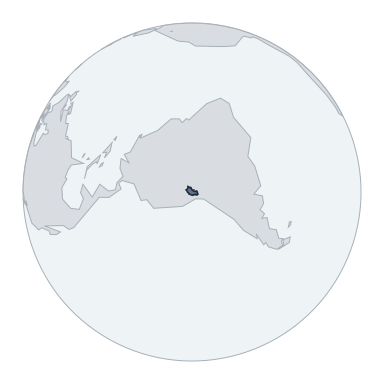 Puno on an orthographic globe, rotated 299°
{"feature_id": "PER-573", "entity_name": "Puno", "entity_type": "Department", "adm_level": 1, "iso_a3": "PER", "parent_name": "Peru", "parent_adm1": "", "projection": "orthographic", "projection_center": [-69.98, -15.156], "detail": "fine", "context": "on_globe", "style": "filled", "palette": "slate", "viewbox_px": 384, "rotation_deg": 299, "n_neighbors": 0, "source": "natural_earth", "source_scale": "10m", "svg_char_len": 6463}
<svg xmlns="http://www.w3.org/2000/svg" viewBox="0 0 384 384"><g transform="rotate(299 192 192)"><circle cx="192" cy="192" r="169" fill="#eef3f6" stroke="#a8b0b8"/><path d="M148.4,28.8L151.2,28.2L154.0,27.5L158.5,26.8L163.3,25.9L163.3,26.2L167.2,25.3L166.3,25.2L167.8,24.9L170.6,24.5L171.0,24.6L169.6,24.9L171.2,24.8L170.2,25.1L172.3,24.7L172.5,25.3L176.4,24.2L180.0,24.3L179.0,24.9L173.7,25.5L158.2,29.9L155.6,31.6L157.1,32.9L171.4,33.5L170.7,35.5L173.7,37.6L176.6,36.0L175.3,33.8L181.4,31.8L179.0,29.9L181.1,29.0L180.9,27.3L186.7,27.0L192.6,27.9L193.1,29.5L195.6,30.1L199.9,28.5L205.3,32.0L216.8,35.7L217.6,37.0L210.7,38.8L198.8,38.4L189.7,42.9L201.5,39.7L203.2,43.8L206.0,44.6L209.3,44.5L210.9,43.0L212.8,44.6L201.9,47.7L200.0,46.3L203.5,45.2L197.9,45.3L190.6,48.3L192.0,50.6L179.4,54.3L180.3,56.2L178.0,58.4L177.5,55.0L178.2,61.4L163.6,70.0L164.4,83.2L157.2,73.4L150.8,72.9L143.0,74.1L142.9,76.2L132.6,76.1L123.0,82.2L118.9,93.7L122.1,101.8L133.6,100.3L137.3,94.9L145.9,92.8L139.2,107.2L154.1,107.6L152.4,118.5L156.7,123.9L164.2,121.8L172.1,124.1L177.8,117.5L186.9,113.8L187.0,122.7L192.1,114.5L197.2,118.7L215.4,118.7L214.0,120.7L229.3,132.2L245.9,138.3L249.8,145.6L247.8,149.7L253.5,151.5L253.6,154.4L276.4,162.0L287.9,171.4L287.4,181.7L277.5,192.1L268.1,217.1L250.2,223.6L245.3,234.1L230.8,249.1L220.1,247.1L222.8,255.5L216.6,260.2L209.5,260.1L208.1,266.0L202.8,265.9L206.1,270.0L197.5,277.5L199.9,284.0L193.6,290.3L195.3,294.2L192.9,294.0L190.5,295.4L190.2,297.6L183.0,294.0L181.1,285.4L183.7,281.1L180.6,280.4L186.0,269.3L182.7,271.6L183.5,255.4L188.4,242.2L191.5,205.6L187.8,198.5L174.8,190.7L159.2,166.4L163.3,156.1L159.9,151.6L171.0,137.3L168.1,125.1L164.2,123.6L160.3,128.5L147.0,122.0L142.5,113.5L103.4,105.8L99.7,102.6L100.3,95.9L90.8,79.4L93.3,96.4L88.9,94.0L86.1,88.5L88.6,86.2L87.9,78.0L84.5,76.3L87.2,66.9L100.1,53.4L100.6,54.3L103.6,51.4L103.1,50.4L102.0,50.6L111.7,43.3L123.6,37.5L135.8,32.7L148.4,28.8ZM163.3,88.1L180.4,94.1L170.5,95.4L172.4,94.0L168.1,91.4L160.1,89.3L151.4,91.6L163.3,88.1ZM171.4,79.9L168.4,79.5L171.4,79.3L171.4,79.9ZM101.0,51.0L102.8,50.7L102.0,52.4L100.1,52.8L101.0,51.0ZM103.0,48.6L104.8,47.6L101.2,50.1L101.3,49.9L103.0,48.6ZM177.7,27.6L179.3,27.4L178.5,27.8L177.7,27.6ZM176.1,27.1L174.1,27.7L173.1,27.6L174.3,27.2L176.1,27.1ZM178.9,26.5L171.5,27.3L169.7,27.2L173.0,25.9L178.9,26.5ZM164.8,25.4L165.9,25.4L162.4,25.9L164.8,25.4ZM162.3,25.7L162.3,25.8L149.6,28.5L162.3,25.7ZM168.7,24.7L168.1,24.8L165.5,25.2L165.3,25.2L168.7,24.7ZM175.5,23.8L170.6,24.5L170.2,24.5L171.0,24.4L175.5,23.8ZM186.6,23.2L183.5,23.3L183.1,23.3L186.6,23.2ZM195.0,301.6L183.7,295.4L190.0,298.1L194.4,294.8L200.4,299.7L195.0,301.6ZM207.9,293.3L213.0,291.7L214.3,292.9L211.0,294.2L207.9,293.3ZM310.3,71.4L310.1,71.2L317.5,81.2L315.6,80.9L310.3,77.1L299.6,64.9L305.1,67.1L301.4,63.6L293.4,57.4L295.8,58.8L293.2,56.8L294.5,57.7L310.3,71.4ZM334.1,283.4L331.5,286.7L331.8,282.5L335.7,276.4L341.9,263.0L352.1,232.6L356.2,221.2L357.9,211.1L357.7,186.6L358.0,175.4L357.0,169.6L355.4,169.1L353.7,162.3L352.3,161.1L340.8,158.9L334.7,149.5L321.4,124.4L321.6,116.5L317.2,106.5L315.3,81.0L319.9,84.4L323.8,86.3L331.2,96.2L337.8,106.7L343.7,117.6L348.7,128.9L352.9,140.6L356.3,152.5L358.7,164.7L360.3,177.0L360.9,189.4L360.7,201.8L359.5,214.1L357.4,226.3L354.5,238.4L350.6,250.2L345.9,261.6L340.4,272.7L334.1,283.4ZM321.8,94.8L323.3,97.5L321.8,94.8ZM216.0,118.6L218.1,120.4L215.2,120.4L216.0,118.6ZM169.0,98.9L172.7,98.9L174.6,100.1L171.8,100.7L169.0,98.9ZM200.0,98.4L204.3,99.2L199.8,99.8L200.0,98.4ZM183.1,95.0L196.6,98.1L188.0,100.6L179.5,98.9L185.4,98.0L183.1,95.0ZM169.5,84.4L171.7,84.9L171.0,86.4L169.5,84.4ZM173.5,79.8L172.6,80.0L171.6,78.9L173.5,79.8ZM203.9,43.6L204.8,43.4L208.1,43.7L206.5,44.3L203.9,43.6ZM223.2,41.7L225.7,44.4L222.8,42.7L221.1,43.7L212.8,41.9L217.6,37.5L216.9,39.7L223.2,41.7ZM203.0,38.9L207.7,40.1L202.4,39.0L203.0,38.9ZM277.6,46.5L280.3,48.0L283.0,49.9L282.4,50.2L278.5,47.4L277.6,46.5ZM291.8,55.7L289.5,54.5L288.7,53.5L286.1,51.9L283.5,50.0L273.0,43.7L291.8,55.7ZM251.1,33.7L250.9,33.7L246.4,32.3L246.4,32.2L241.9,30.7L245.7,31.8L251.1,33.7ZM186.1,24.5L184.0,24.7L183.9,24.5L185.6,24.2L186.1,24.5ZM185.2,23.3L195.2,23.9L193.3,24.0L201.4,24.9L199.5,25.6L194.3,24.9L199.0,26.5L193.6,26.2L197.3,27.4L185.9,25.8L181.2,26.0L187.1,25.3L189.0,24.5L188.3,24.2L183.1,23.8L173.8,24.3L174.2,24.0L176.9,23.7L179.1,23.5L178.2,23.7L181.9,23.4L182.3,23.5L185.2,23.3ZM233.2,28.1L227.3,27.8L227.4,29.1L229.7,30.9L222.4,29.6L215.6,27.3L210.1,25.2L211.0,24.5L207.5,24.3L206.9,24.0L209.9,24.3L205.0,23.7L205.3,23.6L202.1,23.3L217.8,25.0L233.2,28.1Z" fill="#d9dde1" stroke="#a8b0b8" stroke-width="1"/><path d="M194.9,185.7L194.9,185.8L194.9,186.1L194.9,186.3L194.9,186.5L194.9,187.1L194.9,187.3L194.7,187.4L194.7,187.5L194.7,187.8L194.8,187.9L194.7,187.9L194.7,188.0L194.8,188.1L194.8,188.3L194.9,188.5L195.0,188.7L195.1,188.8L195.2,189.1L194.9,189.2L194.8,189.3L194.8,189.5L194.8,189.8L194.6,189.9L194.4,190.0L194.3,190.3L194.2,190.3L194.1,190.7L194.0,190.8L193.8,190.9L193.7,191.0L193.7,191.3L193.7,191.5L193.8,191.5L194.0,191.8L194.2,192.0L194.3,192.2L194.4,192.3L194.2,192.3L194.1,192.5L193.9,192.6L194.0,192.7L194.0,192.8L193.9,192.8L193.8,193.0L193.6,193.3L193.6,193.5L193.7,193.9L193.9,194.2L194.0,194.5L194.1,194.8L194.3,195.1L194.5,195.2L194.8,195.1L195.0,195.3L195.2,195.5L194.9,195.7L194.7,195.8L194.7,196.1L194.7,196.3L194.7,196.5L194.4,196.6L194.2,196.7L194.2,196.8L193.8,197.2L193.8,197.4L193.7,197.4L193.6,197.5L193.4,197.7L193.3,197.8L193.2,197.8L193.1,198.0L192.9,198.2L192.9,198.3L192.7,198.3L192.6,198.2L192.4,198.2L192.2,198.1L192.0,197.9L191.9,197.9L191.7,197.5L191.5,197.2L191.4,197.1L191.4,196.9L191.5,196.8L191.7,196.7L191.8,196.7L191.8,196.4L191.6,196.4L191.4,196.2L191.2,196.0L191.1,195.9L191.0,195.6L190.9,195.5L191.0,195.4L191.0,195.2L190.9,195.1L190.8,194.9L190.8,194.7L190.7,194.6L190.3,194.5L190.2,194.6L189.9,194.6L189.7,194.5L189.6,194.4L189.6,194.2L189.4,194.1L189.3,193.9L189.4,193.7L189.2,193.4L189.1,193.2L189.1,192.9L189.0,192.6L189.2,192.4L189.2,192.2L189.1,191.9L189.1,191.7L189.1,191.4L189.1,191.2L189.1,190.9L188.9,190.8L188.8,190.7L188.7,190.6L188.8,190.5L189.0,190.4L189.1,190.2L189.1,189.9L189.3,189.9L189.5,189.4L189.6,188.9L189.6,188.7L189.6,188.4L189.6,188.2L189.9,188.0L190.0,188.0L190.0,187.9L190.3,187.2L190.5,187.0L190.6,186.9L190.7,186.7L190.8,186.6L190.9,186.4L190.8,186.2L190.9,185.7L191.0,185.7L193.0,186.7L194.9,185.7L194.9,185.7Z" fill="#64748b" stroke="#1e293b" stroke-width="1.5"/></g></svg>